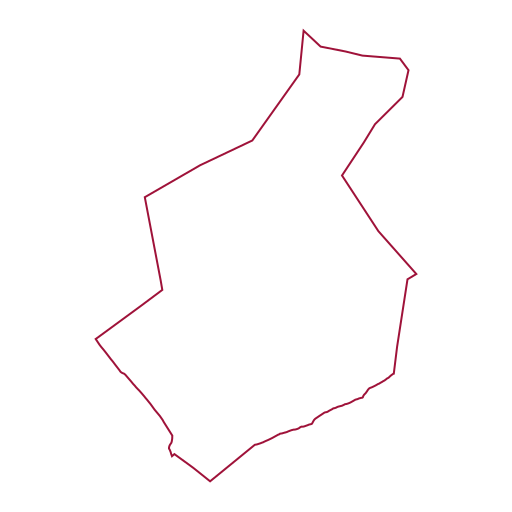 Altanshiree, Dornogovi, Mongolia
{"feature_id": "93677404B41959814318318", "entity_name": "Altanshiree", "entity_type": "district", "adm_level": 2, "iso_a3": "MNG", "parent_name": "Mongolia", "parent_adm1": "Dornogovi", "projection": "mercator", "projection_center": [110.515, 45.523], "detail": "fine", "context": "isolated", "style": "outline", "palette": "rose", "viewbox_px": 512, "rotation_deg": 0, "n_neighbors": 0, "source": "geoboundaries", "source_scale": "gbopen_adm2", "svg_char_len": 3128}
<svg xmlns="http://www.w3.org/2000/svg" viewBox="0 0 512 512"><path d="M95.7,339.0L99.5,344.7L101.1,346.8L103.7,349.9L105.6,352.3L107.3,354.5L110.8,359.1L112.8,361.5L115.2,364.7L116.9,366.9L119.3,370.0L120.4,371.6L120.9,372.1L121.5,372.5L122.3,373.0L124.1,373.7L125.4,374.8L126.5,376.1L129.6,379.7L131.0,381.3L133.1,383.9L134.8,385.7L136.0,387.2L137.9,389.2L139.3,390.6L139.9,391.3L141.5,393.1L143.2,395.1L144.3,396.4L145.3,397.7L147.1,399.8L148.3,401.3L149.1,402.3L150.1,403.5L151.0,404.7L153.3,407.9L154.6,409.7L159.8,415.9L162.6,419.9L163.8,422.1L169.6,431.3L172.3,435.6L172.2,438.7L171.8,441.2L171.4,442.7L170.1,444.6L169.7,445.3L169.3,446.3L169.1,447.2L169.0,447.7L169.0,448.6L169.7,449.7L170.7,452.2L171.1,453.8L172.0,456.2L174.4,454.1L193.2,467.8L210.1,481.3L254.8,444.8L257.0,444.4L258.2,444.0L260.4,443.3L262.1,442.6L262.9,442.4L263.6,442.0L265.5,441.1L266.9,440.5L268.1,440.0L270.8,438.7L272.4,437.9L274.9,436.5L276.0,435.9L277.6,435.0L278.1,434.7L278.4,434.6L278.6,434.6L278.9,434.5L279.0,434.4L279.5,434.1L280.0,433.7L281.3,433.5L282.1,433.4L283.3,433.0L284.1,432.8L284.5,432.6L285.0,432.6L285.5,432.4L286.7,432.1L288.0,431.5L289.0,431.1L290.3,430.6L291.7,430.1L292.6,429.9L293.3,429.7L294.0,429.6L294.7,429.6L295.3,429.5L296.1,429.3L296.8,429.1L297.9,428.7L298.6,428.4L299.4,427.9L299.9,427.4L300.4,427.2L300.9,426.9L301.3,426.7L301.9,426.7L303.5,426.6L304.2,426.4L304.8,426.2L305.9,425.8L307.6,425.2L308.3,424.9L308.7,424.7L309.4,424.5L310.3,424.3L311.1,424.1L311.7,423.9L312.1,423.5L312.3,423.1L313.5,420.9L314.2,419.8L314.8,419.2L315.2,418.8L315.6,418.5L316.5,417.9L317.4,417.3L318.7,416.4L319.9,415.6L321.0,414.9L321.8,414.4L322.3,414.0L323.0,413.6L323.5,413.2L324.0,412.9L324.3,412.7L324.7,412.5L325.0,412.4L325.4,412.3L326.2,412.2L326.9,412.0L327.3,411.9L327.8,411.6L328.2,411.4L328.4,411.2L328.9,410.9L329.6,410.5L330.4,410.1L331.7,409.4L332.3,409.1L332.7,408.8L333.2,408.4L333.7,408.3L334.1,408.2L334.5,408.2L335.1,408.0L335.6,407.8L336.2,407.6L336.9,407.2L337.5,406.9L338.1,406.7L339.2,406.4L341.7,405.8L342.6,405.5L343.2,405.1L344.0,404.8L344.6,404.4L345.1,404.2L345.6,404.1L346.4,404.0L347.4,403.7L348.3,403.4L349.3,403.0L350.6,402.4L353.1,401.0L354.8,400.0L355.3,399.7L356.0,399.5L356.7,399.3L357.2,399.2L357.6,399.1L358.2,398.8L358.6,398.6L359.1,398.4L359.9,398.2L360.9,397.9L361.5,397.8L361.8,397.8L362.2,397.7L362.5,397.6L362.7,397.4L362.9,397.1L363.1,396.5L363.5,395.6L363.9,395.0L364.3,394.5L365.7,393.1L366.4,392.1L367.0,391.3L367.6,390.3L368.1,389.6L368.8,388.8L369.2,388.4L369.7,388.1L370.4,387.8L371.8,387.3L373.5,386.5L375.7,385.4L377.4,384.4L378.1,384.0L379.2,383.6L380.4,382.8L381.9,382.0L383.3,381.1L384.5,380.5L385.3,379.9L386.1,379.3L387.0,378.5L387.7,378.2L388.2,377.9L388.7,377.6L389.3,377.0L389.8,376.5L390.5,375.9L391.4,375.1L392.3,374.5L393.1,373.9L393.5,373.6L393.8,373.6L397.1,346.7L407.5,279.3L416.3,274.0L378.4,231.2L342.0,175.5L363.8,142.5L375.0,124.2L402.5,96.9L408.5,70.2L399.9,58.6L362.4,55.6L345.6,51.5L320.6,46.6L303.6,30.7L299.3,74.4L252.3,140.5L200.2,165.2L144.8,197.2L160.7,280.6L162.3,289.9L139.4,307.0L95.7,339.0Z" fill="none" stroke="#9f1239" stroke-width="2"/></svg>